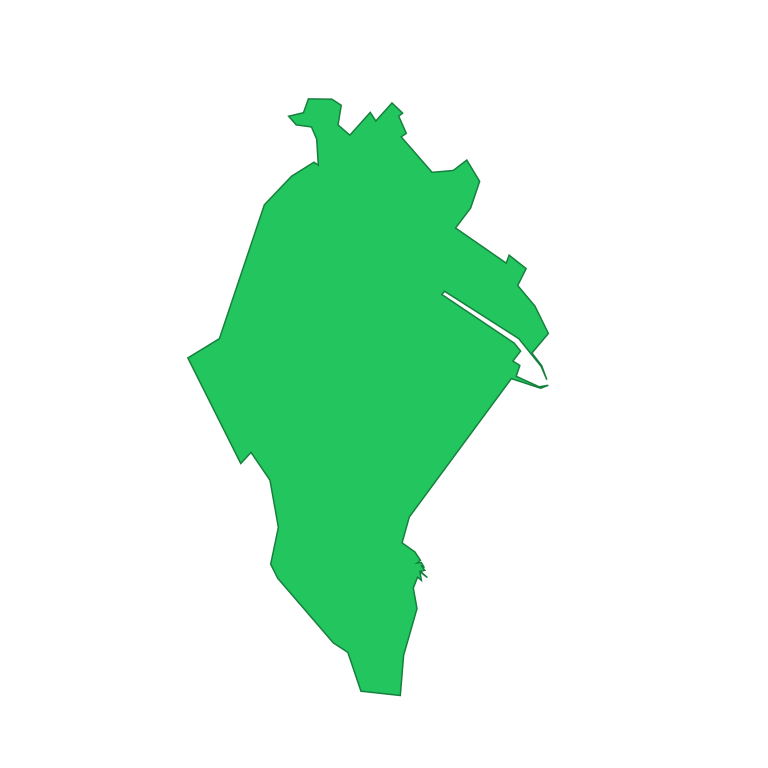 the district of Bray East Lea-4, Dún Laoghaire–Rathdown, Ireland, rotated 66°
{"feature_id": "5873133B23130465249545", "entity_name": "Bray East Lea-4", "entity_type": "district", "adm_level": 2, "iso_a3": "IRL", "parent_name": "Ireland", "parent_adm1": "Dún Laoghaire–Rathdown", "projection": "natural_earth1", "projection_center": [-6.106, 53.199], "detail": "fine", "context": "isolated", "style": "filled", "palette": "green", "viewbox_px": 768, "rotation_deg": 66, "n_neighbors": 0, "source": "geoboundaries", "source_scale": "gbopen_adm2", "svg_char_len": 1117}
<svg xmlns="http://www.w3.org/2000/svg" viewBox="0 0 768 768"><g transform="rotate(66 384 384)"><path d="M100.6,362.2L111.6,358.8L119.7,345.7L133.0,345.9L157.3,355.0L152.9,357.8L156.6,384.0L171.6,420.4L275.6,515.9L280.4,552.6L398.4,547.2L392.4,533.3L425.5,527.3L472.0,538.8L502.5,560.8L518.3,560.1L599.9,535.6L614.5,526.2L655.3,530.0L675.2,495.8L639.8,476.4L602.6,445.2L582.3,440.2L574.1,431.9L578.6,429.7L570.1,427.5L578.5,423.1L570.0,426.9L570.8,422.5L564.7,424.0L568.2,421.9L562.3,422.5L561.0,426.8L560.0,422.4L550.0,424.1L536.5,432.1L515.8,415.0L430.9,265.5L451.6,242.6L452.0,234.4L449.7,243.4L430.7,260.1L422.4,252.4L415.4,256.9L409.5,245.8L399.5,248.5L325.7,294.8L323.9,291.0L397.5,242.4L431.8,233.3L446.3,233.5L431.4,232.5L415.9,236.3L404.7,213.3L374.4,214.4L348.4,221.8L336.4,207.2L317.2,217.3L323.3,223.2L270.6,255.2L258.5,233.3L237.8,214.2L213.1,217.3L217.1,233.9L210.2,254.0L165.2,267.8L164.1,261.7L145.3,261.6L144.1,256.8L130.5,262.4L140.4,284.5L130.3,286.1L142.8,314.0L128.6,320.6L112.0,309.7L102.6,315.8L92.8,337.1L103.4,347.2L100.6,362.2Z" fill="#22c55e" stroke="#15803d" stroke-width="1.5"/></g></svg>